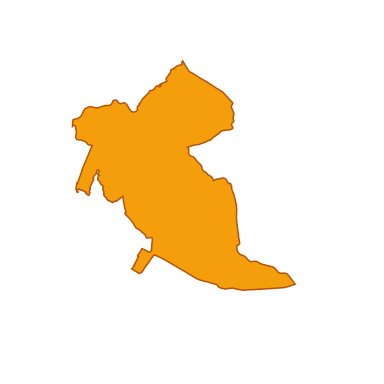 Santiago Tulantepec de Lugo Guerrero, Hidalgo, Mexico (Albers equal-area conic projection), rotated 218°
{"feature_id": "50627088B2039046908464", "entity_name": "Santiago Tulantepec de Lugo Guerrero", "entity_type": "district", "adm_level": 2, "iso_a3": "MEX", "parent_name": "Mexico", "parent_adm1": "Hidalgo", "projection": "albers", "projection_center": [-98.384, 20.035], "detail": "fine", "context": "isolated", "style": "filled", "palette": "amber", "viewbox_px": 384, "rotation_deg": 218, "n_neighbors": 0, "source": "geoboundaries", "source_scale": "gbopen_adm2", "svg_char_len": 5982}
<svg xmlns="http://www.w3.org/2000/svg" viewBox="0 0 384 384"><g transform="rotate(218 192 192)"><path d="M288.2,128.4L285.7,123.3L282.3,121.0L281.8,121.9L282.8,122.4L283.3,122.7L283.3,123.3L283.2,123.6L283.2,124.5L282.9,124.7L282.1,124.9L280.9,125.1L280.6,125.2L280.0,125.9L279.7,125.9L277.8,126.0L275.0,126.6L274.8,125.5L272.5,125.6L272.0,125.5L271.2,125.7L271.9,128.6L272.6,128.8L273.3,129.0L273.7,131.2L274.0,131.1L274.7,132.5L275.3,133.3L276.2,136.6L276.7,138.5L276.7,138.8L276.9,140.3L277.5,141.8L277.7,142.0L278.0,141.8L278.4,142.0L278.6,142.3L279.0,144.6L278.9,146.5L278.9,147.1L278.9,147.8L278.8,148.2L279.3,148.7L279.8,149.7L279.8,151.5L278.2,151.8L277.0,147.8L275.2,148.1L275.2,147.7L275.4,146.6L275.0,145.4L274.7,144.7L273.8,143.7L273.5,143.5L273.1,143.5L272.4,143.6L271.9,143.6L270.5,143.0L269.4,142.2L268.9,142.2L268.4,142.0L267.3,142.2L266.4,141.8L265.5,141.7L265.3,141.6L264.8,141.3L264.7,141.1L264.3,139.5L263.6,139.2L263.2,138.7L262.5,138.2L261.8,138.1L261.5,138.0L260.6,136.5L260.2,136.4L260.1,136.2L260.0,135.9L259.9,135.6L259.0,134.9L258.4,134.9L257.8,134.7L257.3,134.8L256.5,134.8L256.0,134.6L254.8,134.0L254.1,133.9L253.0,133.7L252.0,133.9L251.1,134.0L250.3,134.6L249.9,134.7L249.1,134.7L248.4,134.5L248.2,134.7L248.0,135.0L247.8,135.6L247.9,135.8L246.4,138.0L246.2,137.9L245.8,138.3L243.9,146.0L242.1,144.5L240.6,142.9L237.6,140.2L235.5,138.2L234.3,137.5L232.7,136.5L232.7,136.2L232.3,135.5L231.3,135.1L231.2,134.9L231.4,134.7L231.6,134.7L231.7,134.2L231.4,133.6L231.0,133.4L225.2,132.7L223.9,132.5L221.5,131.9L221.0,131.7L218.6,131.0L217.5,130.5L214.6,129.3L212.1,129.4L209.7,129.7L208.6,129.8L206.0,129.5L203.4,129.5L202.5,129.4L201.0,128.5L200.6,128.3L200.1,128.3L199.4,127.8L195.6,131.4L194.0,130.2L189.6,123.3L189.3,123.1L187.9,120.7L188.4,118.1L192.3,117.6L196.6,116.6L196.2,113.9L195.6,108.0L194.3,108.1L194.2,107.4L194.0,105.9L193.3,102.8L192.5,98.2L192.1,98.5L192.0,96.3L192.1,94.9L192.2,94.3L183.4,95.3L183.3,95.7L182.3,97.2L182.3,98.4L182.1,98.4L182.6,103.8L182.8,110.9L183.0,111.0L183.2,119.1L178.4,120.5L173.6,121.5L146.5,125.2L135.4,126.5L132.2,127.3L130.2,128.1L123.4,131.1L119.3,132.7L115.4,134.4L114.9,134.3L113.7,133.6L113.1,133.5L110.2,134.0L106.3,135.9L104.9,137.1L104.6,137.6L104.6,137.9L104.3,138.2L103.6,138.7L103.5,138.9L102.7,139.6L102.0,139.7L101.7,140.5L101.3,141.0L100.7,141.3L99.6,141.8L98.3,142.5L97.0,143.0L95.9,143.5L90.7,146.4L88.2,149.0L82.4,153.8L73.6,161.7L71.7,163.3L60.3,173.6L59.1,175.2L58.7,175.8L57.6,177.3L53.9,182.9L60.5,184.6L61.0,184.8L65.0,185.8L66.2,186.0L67.3,185.8L68.9,185.2L70.0,184.4L70.8,183.6L71.8,182.8L72.5,182.4L73.3,182.1L74.2,181.9L75.1,182.0L79.3,182.9L80.4,182.9L81.8,182.8L82.7,182.5L83.9,182.0L89.1,179.6L93.5,177.8L98.3,177.1L100.1,175.9L102.6,173.4L103.5,173.1L104.3,172.9L105.6,173.0L108.9,173.5L110.5,173.7L111.3,173.7L112.5,173.4L115.3,172.6L116.2,172.5L117.2,172.5L118.7,172.9L120.4,173.7L121.6,174.9L123.0,176.5L123.7,177.5L122.7,178.9L122.7,180.8L125.0,183.0L128.2,185.8L129.0,187.1L130.9,188.5L132.9,190.7L135.1,192.6L136.2,194.0L138.0,195.5L141.5,199.5L145.5,205.1L149.0,209.0L152.6,212.0L157.1,215.5L161.1,217.9L162.0,218.4L163.4,219.5L163.4,220.0L166.9,222.5L167.3,222.4L168.0,221.2L168.8,221.4L173.5,223.1L174.8,222.8L176.0,222.3L177.4,221.0L178.1,219.7L179.1,218.7L180.2,217.7L181.6,215.3L182.0,214.2L183.5,215.1L184.6,215.6L185.4,215.8L186.8,215.9L189.5,215.5L190.4,215.4L192.7,216.0L193.7,215.9L195.4,215.6L196.2,215.6L196.9,215.7L198.1,216.3L200.0,217.9L200.6,218.4L201.4,218.7L206.7,219.2L207.7,219.4L210.8,220.4L211.9,220.5L212.9,220.4L215.1,219.7L216.1,219.6L216.9,219.7L217.8,220.0L218.5,220.5L218.9,220.9L220.5,223.3L221.1,223.9L222.3,224.5L223.1,224.5L220.3,228.7L218.6,231.0L216.7,232.9L215.8,233.6L214.9,235.4L213.9,236.8L213.1,237.7L212.7,239.3L211.8,240.0L211.0,242.3L209.5,244.1L209.5,244.4L208.6,248.9L207.5,252.7L206.8,254.6L206.6,257.5L205.7,258.9L203.8,261.2L201.4,263.5L200.3,264.4L199.0,267.0L199.6,268.0L201.4,268.8L202.3,269.3L202.9,271.2L202.6,272.7L202.8,273.9L204.2,274.7L204.8,275.3L206.2,277.1L206.4,278.0L207.4,279.8L212.1,282.5L213.9,283.6L213.9,284.6L214.6,287.3L229.7,289.7L230.7,289.6L236.6,288.8L246.8,288.0L248.6,287.8L256.2,286.7L265.6,285.8L268.5,285.2L274.1,287.2L280.0,289.6L280.1,289.1L279.8,288.4L279.8,287.9L279.6,287.3L279.0,287.2L278.3,286.7L278.3,286.2L278.8,285.4L279.7,284.7L281.6,281.4L282.2,278.9L282.3,278.2L282.1,277.7L282.7,277.2L283.2,276.7L283.7,275.5L283.6,274.7L283.2,274.0L282.7,272.9L282.5,272.1L282.6,271.1L282.4,269.9L282.3,267.5L282.4,266.8L282.4,266.2L281.6,264.5L280.0,263.8L283.7,256.9L281.7,256.5L282.5,254.7L283.8,255.2L285.3,253.4L285.3,252.5L285.2,251.4L285.2,250.5L285.4,249.4L285.8,247.9L286.1,247.3L287.4,246.4L287.7,245.8L287.7,245.3L287.1,243.9L287.3,243.0L287.2,242.0L287.5,241.1L288.2,235.8L288.2,234.7L288.0,232.9L287.8,230.0L287.9,228.7L287.1,228.3L286.9,227.8L287.1,227.3L287.4,227.0L287.6,226.7L287.6,226.4L287.4,225.4L286.7,224.0L285.3,223.2L285.6,221.4L286.3,219.9L286.9,219.3L287.8,218.7L288.7,218.2L290.6,218.3L292.8,219.0L296.0,220.3L297.4,220.8L298.8,220.9L300.1,220.6L300.9,220.0L302.2,218.0L303.2,217.3L304.5,217.0L305.4,217.2L306.7,217.7L307.6,217.8L308.5,217.6L309.1,217.2L310.0,216.2L310.4,215.1L310.2,214.6L309.6,212.2L309.8,210.7L310.6,209.2L311.6,208.3L313.6,206.9L318.3,200.1L319.5,199.1L323.0,197.6L325.6,195.7L327.5,192.1L327.6,190.9L327.3,188.7L326.3,184.7L326.3,183.0L326.6,181.4L327.1,180.1L328.6,177.7L329.4,176.8L329.9,176.7L330.1,175.3L326.6,170.2L326.5,171.2L326.3,171.6L325.9,171.9L325.5,172.1L324.8,172.1L324.3,172.0L323.9,171.7L322.9,170.3L322.0,169.9L321.9,169.7L321.1,169.2L319.8,168.0L317.7,164.0L317.4,163.5L317.0,163.2L316.5,162.9L316.0,162.7L315.4,162.6L314.9,162.6L314.3,162.8L312.8,163.6L311.9,164.3L311.3,164.7L310.1,165.0L308.9,165.7L308.3,165.8L306.0,166.0L304.9,165.8L303.8,165.4L303.3,165.4L302.9,165.4L302.4,165.7L300.6,166.7L299.3,167.1L295.9,154.9L292.1,141.0L291.8,141.0L287.6,128.3L288.2,128.4Z" fill="#f59e0b" stroke="#b45309" stroke-width="1.5"/></g></svg>